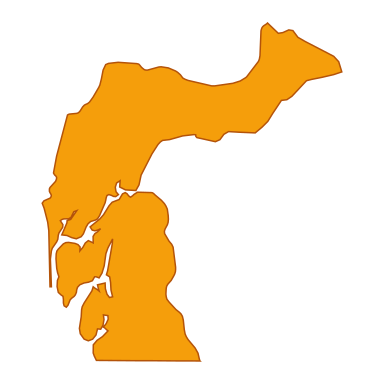 outline of Fatick
{"feature_id": "SEN-764", "entity_name": "Fatick", "entity_type": "Region", "adm_level": 1, "iso_a3": "SEN", "parent_name": "Senegal", "parent_adm1": "", "projection": "equal_earth", "projection_center": [-16.406, 14.163], "detail": "fine", "context": "isolated", "style": "filled", "palette": "amber", "viewbox_px": 384, "rotation_deg": 0, "n_neighbors": 0, "source": "natural_earth", "source_scale": "10m", "svg_char_len": 3939}
<svg xmlns="http://www.w3.org/2000/svg" viewBox="0 0 384 384"><path d="M135.9,190.5L125.5,189.9L119.7,187.0L120.1,180.7L116.6,183.0L115.3,187.2L116.0,191.7L118.4,194.6L115.7,196.6L113.5,196.4L111.3,195.3L108.8,194.6L107.0,195.5L106.2,197.7L105.7,200.4L105.1,202.8L99.5,215.7L97.5,218.8L95.3,220.1L90.6,221.5L88.0,223.8L86.1,227.0L83.4,233.8L81.2,236.7L76.3,238.8L71.7,237.6L67.0,235.5L61.8,234.9L66.9,222.9L67.1,220.7L70.7,219.4L76.8,210.6L73.8,211.7L71.0,217.4L68.6,218.8L63.8,218.9L61.9,219.5L60.3,220.7L62.9,224.6L62.7,227.3L59.0,232.9L58.3,235.1L57.8,239.3L56.7,241.8L52.3,248.2L51.4,250.9L50.4,259.1L51.4,286.8L50.0,286.8L48.8,230.7L47.7,222.2L44.1,208.1L42.2,203.2L44.0,200.8L50.1,198.1L51.1,196.7L51.3,195.2L50.8,194.0L50.0,192.7L49.4,191.3L49.4,188.9L50.0,187.5L55.6,181.3L56.5,179.0L56.6,177.3L55.9,176.1L54.9,175.2L54.2,174.3L53.5,173.0L56.6,156.2L67.5,115.0L68.3,114.5L69.3,114.1L76.5,113.4L77.7,113.1L78.8,112.4L79.7,111.5L80.5,110.4L82.6,107.0L84.3,105.2L85.3,104.6L87.6,103.6L89.5,102.1L93.1,97.1L98.8,87.3L99.9,84.9L101.4,78.9L103.1,70.1L105.7,64.6L108.5,63.4L118.1,62.3L136.6,63.6L138.7,64.1L139.7,65.1L141.4,67.2L142.6,68.3L144.4,69.7L146.0,70.1L147.5,70.1L158.8,67.0L161.2,66.8L168.3,67.9L175.6,71.0L177.6,72.3L180.4,74.8L182.8,78.0L184.9,79.2L188.0,80.4L211.7,85.9L214.7,85.9L232.9,83.3L240.2,81.0L245.6,77.7L246.6,76.9L258.3,61.6L258.9,60.4L259.4,58.9L260.0,55.6L261.0,30.8L261.4,29.3L261.9,27.9L262.7,26.7L263.8,25.7L266.6,23.9L267.5,23.0L278.3,33.3L282.8,32.6L288.8,29.9L292.9,30.6L297.9,37.3L305.0,41.4L333.7,56.3L338.7,61.7L341.8,71.9L333.7,74.6L322.1,77.3L311.6,79.4L306.5,80.7L302.0,85.5L291.9,96.3L286.9,99.7L281.4,100.4L272.8,113.3L267.8,121.4L262.0,127.2L255.2,132.9L239.0,132.2L228.5,131.6L223.9,134.3L219.9,139.7L215.4,141.7L196.9,137.6L195.8,136.3L195.7,134.8L193.8,134.6L182.7,135.9L169.6,139.6L162.6,140.4L160.4,141.9L158.0,144.5L152.0,153.8L141.1,175.1L139.0,184.9L135.9,190.4L135.9,190.5ZM200.0,361.0L191.1,360.9L177.6,360.9L164.1,360.8L150.6,360.7L137.1,360.7L123.6,360.6L110.1,360.5L96.5,360.4L96.4,360.4L94.3,356.1L93.2,353.0L93.3,344.8L97.1,340.3L102.5,336.6L108.0,330.9L106.9,330.0L104.6,327.8L103.4,327.1L106.2,323.6L108.2,319.2L107.9,315.6L103.4,314.9L104.0,319.6L103.0,325.2L100.7,329.2L97.5,328.9L96.0,335.0L92.6,339.2L88.3,340.8L84.1,339.1L80.3,333.8L79.4,328.4L81.2,316.9L81.6,309.7L82.2,306.8L84.2,302.9L91.9,290.9L93.2,286.8L94.5,287.9L97.9,290.0L99.1,291.0L98.6,289.6L97.5,284.8L105.1,283.0L105.4,288.8L107.0,294.2L109.5,297.5L112.6,296.8L111.0,290.1L110.6,282.7L109.7,276.9L106.4,274.8L107.6,270.8L112.3,243.6L112.6,238.9L107.9,248.0L105.9,253.7L104.2,265.8L102.0,273.1L99.1,277.9L96.2,276.8L94.6,276.8L92.4,280.7L88.5,282.2L84.0,283.0L79.8,284.8L77.5,287.3L76.7,289.8L76.4,292.3L75.3,294.9L74.1,296.4L71.6,298.3L70.1,299.9L68.0,305.2L66.3,307.2L64.1,305.8L63.4,303.0L63.4,299.4L63.0,296.3L61.0,294.9L58.3,292.4L57.1,286.6L57.4,280.5L58.9,276.8L57.6,272.8L56.7,268.3L56.0,258.8L56.2,253.9L56.9,251.0L58.3,249.1L63.3,243.9L65.8,242.6L68.6,242.4L75.0,243.4L78.0,244.6L80.1,247.0L79.9,250.9L82.9,247.3L85.3,243.0L88.3,240.6L93.2,242.9L93.1,236.4L94.9,233.6L97.6,231.8L100.6,228.7L97.9,230.0L95.0,230.8L92.2,230.1L90.1,226.9L99.9,218.9L103.5,214.8L109.1,205.7L112.2,202.2L119.2,199.5L122.5,193.9L125.2,192.6L127.0,193.7L128.7,195.9L130.5,197.2L132.7,195.7L134.0,194.4L137.5,192.2L151.6,192.6L152.7,192.9L153.9,193.8L155.1,195.0L161.4,200.3L164.4,203.6L165.9,206.0L167.3,209.1L168.2,215.5L168.4,219.2L168.1,222.4L167.4,224.7L165.1,229.0L164.4,231.2L164.6,233.6L169.0,241.1L171.7,244.3L173.1,247.2L175.6,267.2L175.6,269.5L175.4,271.7L174.7,274.0L173.6,276.2L171.2,280.4L168.0,284.0L166.8,285.9L166.3,287.8L166.1,289.9L165.9,294.2L166.2,296.6L166.9,299.2L169.1,302.1L176.0,309.6L179.4,312.3L181.0,313.9L182.4,316.3L183.3,320.1L184.3,329.7L185.1,333.9L186.3,336.7L188.1,339.6L195.1,348.0L198.0,353.2L199.3,358.9L199.9,360.9L200.0,361.0Z" fill="#f59e0b" stroke="#b45309" stroke-width="1.5"/></svg>